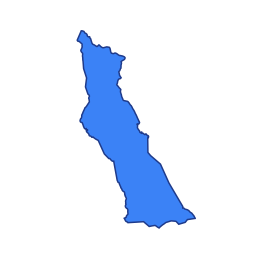 Orica, Francisco Morazán, Honduras, rotated 347°
{"feature_id": "27666195B54094389197091", "entity_name": "Orica", "entity_type": "district", "adm_level": 2, "iso_a3": "HND", "parent_name": "Honduras", "parent_adm1": "Francisco Morazán", "projection": "equal_earth", "projection_center": [-86.954, 14.819], "detail": "fine", "context": "isolated", "style": "filled", "palette": "blue", "viewbox_px": 256, "rotation_deg": 347, "n_neighbors": 0, "source": "geoboundaries", "source_scale": "gbopen_adm2", "svg_char_len": 5710}
<svg xmlns="http://www.w3.org/2000/svg" viewBox="0 0 256 256"><g transform="rotate(347 128 128)"><path d="M173.1,231.2L173.1,230.8L172.6,229.1L172.5,228.6L172.4,228.2L171.8,227.1L170.9,225.2L170.1,224.5L169.4,223.6L169.2,223.3L168.9,222.6L168.8,222.4L168.5,222.0L167.4,221.0L165.1,219.7L164.9,219.5L164.6,218.9L164.2,218.5L164.1,218.4L163.5,218.3L163.4,218.3L163.4,218.0L163.4,217.6L163.6,217.1L163.7,216.9L163.6,216.5L155.5,190.7L151.5,170.5L143.8,160.0L141.9,156.3L144.8,142.9L145.0,142.4L145.2,142.0L145.3,141.4L145.5,141.3L145.8,141.7L146.1,141.2L146.1,140.5L145.9,140.0L144.9,139.2L144.5,138.5L144.4,138.1L144.2,137.8L143.9,137.8L143.2,138.2L142.7,138.1L142.3,137.6L141.9,136.9L141.6,136.6L141.0,136.4L140.8,136.3L140.7,136.1L140.5,135.1L140.4,135.0L140.2,135.1L140.2,135.3L140.1,135.7L140.0,136.1L138.9,135.2L138.7,134.9L138.6,134.6L138.7,134.2L138.6,133.8L138.3,133.0L138.0,132.3L137.5,131.0L137.3,130.3L137.3,129.9L137.3,129.5L137.7,128.4L137.8,127.8L137.9,127.6L138.0,127.5L138.1,127.3L138.0,127.1L137.7,126.8L137.6,126.7L137.8,126.2L138.0,126.1L138.3,126.1L138.9,126.5L139.1,126.5L139.3,126.5L139.5,126.4L140.3,125.6L140.4,125.4L140.5,125.1L139.3,119.6L139.3,119.2L139.1,118.3L138.9,117.2L138.4,115.5L138.1,113.8L137.9,112.9L137.6,111.9L136.9,110.0L136.6,108.5L136.1,106.9L135.7,106.4L135.4,105.8L134.9,104.6L134.8,104.0L134.4,103.4L134.0,102.4L133.6,102.0L132.8,101.6L131.7,101.1L130.1,100.3L129.8,100.1L129.7,99.9L129.5,99.5L129.4,99.0L129.4,98.3L129.2,97.5L128.9,95.7L129.0,94.2L128.8,92.4L128.8,91.6L128.8,91.0L129.1,90.0L129.6,89.0L129.6,88.8L129.4,88.3L128.7,87.3L127.4,84.5L126.9,83.6L126.8,83.4L126.9,83.1L127.8,81.8L128.3,80.5L128.7,79.7L128.9,79.4L129.4,78.8L129.8,78.4L130.2,78.3L130.8,78.1L131.4,78.2L131.7,78.1L132.3,77.8L132.4,77.7L132.5,77.5L132.6,77.4L132.0,75.9L131.8,75.1L131.6,74.6L131.7,73.3L131.7,71.5L131.7,71.2L131.8,71.0L132.0,70.9L132.3,70.6L132.7,70.4L133.0,70.1L133.4,69.5L133.6,69.1L133.8,68.7L134.5,68.2L135.0,66.7L135.1,66.0L135.3,65.4L136.2,63.5L136.3,63.0L136.2,62.0L136.2,61.8L136.5,61.6L137.4,61.2L138.6,60.8L139.1,60.7L140.0,60.3L140.6,59.7L140.9,59.0L140.9,58.8L140.9,58.6L140.7,58.3L140.4,57.8L139.4,57.0L138.8,56.6L137.7,56.1L137.0,55.7L136.4,55.6L135.2,54.8L134.7,54.1L134.2,53.5L133.4,52.7L132.7,52.2L132.4,52.1L132.1,52.0L131.1,52.2L130.2,52.2L129.6,51.8L128.7,51.4L128.5,50.9L128.3,50.1L128.4,47.5L128.4,46.7L128.3,46.2L128.2,45.8L128.1,45.4L127.9,45.2L127.7,45.0L127.4,44.9L126.9,44.8L125.7,44.2L123.9,44.2L122.4,44.3L121.9,44.2L121.5,44.1L121.0,43.8L120.1,42.9L119.7,42.4L118.8,40.9L118.4,40.5L118.2,40.5L116.8,41.4L116.4,41.6L116.0,41.6L115.7,41.3L114.6,40.3L114.1,39.7L112.7,38.6L112.4,38.3L112.3,38.0L112.1,37.6L112.0,37.2L111.8,35.0L111.7,33.8L111.8,33.0L111.3,32.1L111.2,31.4L111.2,30.8L111.1,30.5L111.0,30.4L109.9,30.3L109.6,29.9L109.2,29.5L109.2,29.3L109.1,29.1L109.1,27.9L109.0,27.4L108.3,26.4L107.7,26.0L107.4,25.7L107.2,25.3L106.8,24.0L105.4,23.1L104.3,22.8L99.3,29.6L98.6,30.6L98.3,30.9L98.3,31.2L98.5,31.9L98.8,32.2L99.0,32.4L99.3,32.4L99.5,32.4L99.7,32.5L99.9,32.7L100.3,33.1L100.7,33.9L101.3,34.6L101.9,35.5L102.1,35.9L102.1,36.2L102.0,36.8L101.7,37.5L101.6,37.8L101.7,38.1L101.7,38.3L101.6,38.7L101.5,38.9L100.5,40.4L99.6,41.5L99.5,41.9L99.5,42.5L99.6,43.1L100.3,44.5L100.5,45.0L100.5,45.4L100.5,45.7L100.3,46.2L100.0,47.1L99.8,47.7L99.8,48.7L99.3,51.6L99.2,53.0L98.1,60.1L98.9,69.9L95.8,78.4L96.6,86.0L97.4,87.1L97.5,87.5L97.6,88.0L97.5,88.5L97.3,88.7L97.0,89.1L96.6,89.7L96.4,90.2L96.5,91.4L96.4,92.4L96.2,93.9L94.6,95.4L93.5,96.5L92.1,97.8L90.3,98.9L90.0,99.6L89.2,100.6L87.8,102.4L86.9,103.8L86.3,104.4L86.1,104.7L85.8,105.1L85.5,106.4L85.2,107.1L84.7,107.9L84.3,108.2L83.9,108.4L83.7,108.6L83.0,109.9L82.9,110.4L82.9,110.7L83.0,111.2L83.2,111.6L83.5,111.8L84.5,112.4L84.6,112.7L84.8,114.1L84.9,114.7L85.0,116.4L85.1,116.9L85.3,118.0L85.5,118.6L85.8,119.0L86.1,119.2L86.4,119.2L87.1,119.2L87.1,119.4L87.0,119.6L86.9,119.7L86.7,119.7L86.7,120.4L86.7,120.5L86.8,120.6L87.9,120.6L88.1,120.6L88.1,120.8L88.1,121.0L87.9,121.3L87.3,121.4L87.0,121.6L86.8,121.8L86.8,122.1L86.9,122.3L87.0,122.7L88.1,124.3L88.3,124.9L88.5,125.5L88.5,126.5L88.6,126.8L88.9,127.1L89.7,127.4L90.0,127.7L90.3,128.0L90.5,128.4L90.5,128.7L90.7,128.8L91.0,129.0L91.6,128.9L92.0,129.0L92.6,129.9L93.0,130.3L93.8,131.3L94.0,131.4L94.0,131.5L96.2,133.4L99.1,147.9L102.4,153.4L102.8,153.5L103.2,153.6L103.4,153.7L104.2,155.3L105.0,156.5L105.3,156.7L105.6,156.9L106.1,157.1L106.6,157.1L105.7,176.4L105.8,177.0L106.0,178.2L106.1,178.7L106.4,179.0L106.7,179.1L106.8,179.3L107.0,179.5L107.1,179.8L107.1,180.0L107.0,180.7L107.3,182.0L107.3,182.5L107.6,183.4L107.6,183.8L107.6,184.2L107.6,184.4L107.6,184.7L108.1,185.7L108.2,186.3L108.3,186.9L108.3,187.2L108.7,188.1L108.9,188.4L109.9,189.4L110.0,189.6L110.1,190.0L110.0,191.5L110.0,192.0L109.8,192.3L109.8,192.5L110.1,193.2L110.1,193.4L110.0,193.7L110.0,194.0L110.3,194.9L110.4,195.3L110.5,195.8L110.5,196.2L110.5,196.6L110.3,196.9L110.1,197.2L109.6,197.8L109.4,198.2L109.1,199.1L109.0,200.4L108.9,200.8L108.7,201.2L108.8,201.6L108.8,202.0L108.6,202.3L108.2,202.7L108.0,203.1L107.9,203.3L107.8,203.8L107.8,204.1L107.8,204.4L108.1,205.1L108.5,205.9L109.2,206.5L109.3,207.0L109.4,207.5L109.4,208.0L109.0,209.3L108.8,210.6L108.7,211.4L108.5,211.9L108.3,212.2L107.3,212.8L106.5,213.6L106.3,214.4L105.7,214.7L104.0,215.1L104.2,215.8L104.4,216.1L104.4,216.7L104.8,218.1L105.0,218.5L106.2,219.5L106.4,219.7L106.5,219.9L106.6,220.2L122.1,222.8L126.5,228.7L129.8,228.8L132.4,229.0L132.8,229.3L133.5,230.0L134.4,231.1L135.8,232.4L137.2,231.5L140.0,230.1L141.2,229.7L143.7,228.6L149.1,228.2L149.5,228.3L153.2,229.5L153.9,229.9L155.8,233.2L162.5,232.8L165.3,230.6L173.1,231.2Z" fill="#3b82f6" stroke="#1e3a8a" stroke-width="1.5"/></g></svg>